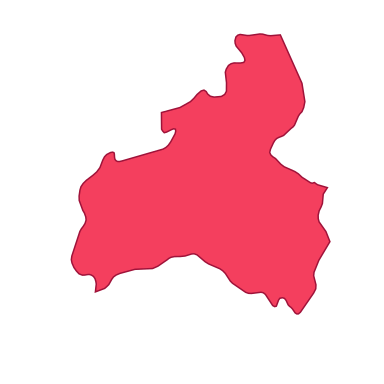 the border of Harghita, rotated 257°
{"feature_id": "ROU-307", "entity_name": "Harghita", "entity_type": "County", "adm_level": 1, "iso_a3": "ROU", "parent_name": "Romania", "parent_adm1": "", "projection": "equal_earth", "projection_center": [25.588, 46.623], "detail": "fine", "context": "isolated", "style": "filled", "palette": "rose", "viewbox_px": 384, "rotation_deg": 257, "n_neighbors": 0, "source": "natural_earth", "source_scale": "10m", "svg_char_len": 2408}
<svg xmlns="http://www.w3.org/2000/svg" viewBox="0 0 384 384"><g transform="rotate(257 192 192)"><path d="M273.2,323.6L254.6,322.3L249.1,319.8L245.5,317.2L243.9,314.7L242.0,312.7L234.1,306.9L232.7,305.1L231.6,302.7L226.5,294.0L226.0,291.4L225.7,289.0L225.1,286.6L223.7,284.4L221.5,282.3L216.2,278.2L213.1,276.6L210.5,277.1L208.2,278.6L205.8,280.9L199.2,284.7L195.9,287.4L188.8,296.8L185.8,299.7L181.6,302.5L174.4,309.5L173.5,311.1L173.7,313.4L171.8,315.0L170.8,316.0L165.8,324.9L160.4,319.4L151.5,316.5L148.5,314.5L145.1,311.7L141.0,309.7L137.6,309.0L134.3,309.1L123.3,313.6L112.6,315.2L96.9,300.2L86.3,292.8L83.0,291.7L73.7,291.9L69.8,290.8L66.2,287.8L50.5,270.6L49.3,268.3L49.6,266.7L51.0,265.3L55.4,263.6L57.3,262.5L58.7,261.3L60.4,260.3L65.2,259.3L67.5,258.2L68.6,256.4L68.7,253.7L67.3,252.1L61.8,248.5L61.7,246.8L63.2,245.1L75.7,240.5L77.8,238.8L78.8,236.7L79.8,227.0L80.6,224.2L82.2,221.7L94.0,210.9L96.6,209.3L105.1,206.2L108.4,204.2L111.0,201.8L118.2,192.0L121.1,189.1L129.6,182.8L131.3,180.2L131.7,177.8L131.2,170.9L131.8,166.0L133.0,160.5L133.1,156.9L132.5,154.5L131.6,152.7L127.4,142.1L126.3,136.4L129.5,119.0L128.9,103.5L128.2,99.5L126.9,96.4L124.9,94.1L120.5,90.1L118.8,87.3L117.7,85.2L116.4,75.4L123.8,78.0L126.4,78.2L129.4,78.0L131.9,77.0L133.7,75.3L134.8,73.3L135.1,71.2L135.2,68.8L135.7,66.4L137.7,63.5L141.0,61.6L144.9,60.0L149.8,59.1L153.2,59.2L156.6,60.5L178.8,73.9L181.0,75.9L183.0,78.3L185.4,80.7L188.5,82.5L191.6,82.9L195.8,82.4L198.6,81.5L209.1,80.2L213.5,81.1L219.1,83.3L222.1,85.0L224.8,87.9L227.2,91.8L230.6,99.3L233.0,103.7L236.5,107.8L243.2,112.3L246.0,114.7L247.7,117.3L248.8,121.5L248.7,123.6L247.9,124.8L246.6,124.9L243.0,124.3L241.0,124.3L239.5,125.1L238.5,126.3L238.0,128.3L238.0,131.0L240.3,173.5L241.3,176.7L242.9,179.5L245.8,182.7L252.5,188.6L254.9,189.8L256.9,190.0L257.7,188.4L257.4,186.1L256.1,180.7L256.0,178.3L258.1,177.1L260.0,176.5L276.3,180.1L277.0,199.2L280.4,210.8L282.9,215.0L285.9,218.9L288.4,223.6L288.6,226.6L286.7,228.4L283.9,229.3L281.2,231.4L279.5,234.9L278.5,242.1L279.7,245.8L282.4,248.2L290.7,250.2L301.2,251.4L304.0,253.0L307.1,256.0L308.2,258.9L308.3,261.9L306.8,268.0L306.6,271.6L308.3,273.2L311.2,273.3L316.3,271.8L324.1,267.9L327.1,267.5L329.8,267.9L333.2,269.7L334.5,271.9L334.7,274.3L332.1,280.9L331.6,283.2L330.7,293.7L329.9,296.4L327.5,300.9L326.6,303.7L325.2,313.4L273.2,323.6Z" fill="#f43f5e" stroke="#9f1239" stroke-width="1.5"/></g></svg>